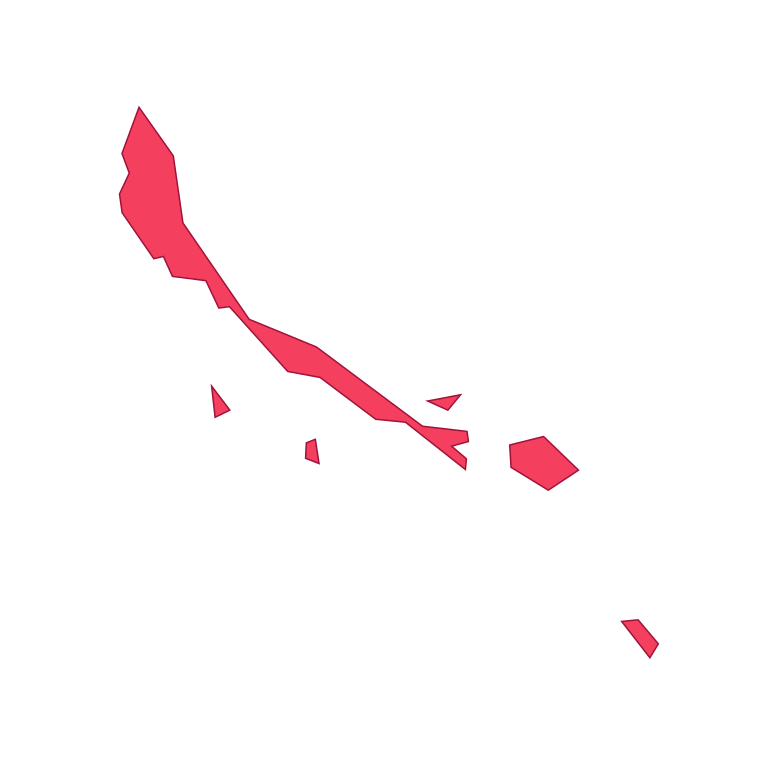 an SVG outline of New Ireland, rotated 172°
{"feature_id": "PNG-1255", "entity_name": "New Ireland", "entity_type": "Province", "adm_level": 1, "iso_a3": "PNG", "parent_name": "Papua New Guinea", "parent_adm1": "", "projection": "equal_earth", "projection_center": [151.706, -3.097], "detail": "coarse", "context": "isolated", "style": "filled", "palette": "rose", "viewbox_px": 768, "rotation_deg": 172, "n_neighbors": 0, "source": "natural_earth", "source_scale": "10m", "svg_char_len": 773}
<svg xmlns="http://www.w3.org/2000/svg" viewBox="0 0 768 768"><g transform="rotate(172 384 384)"><path d="M619.5,590.1L619.5,608.9L606.9,628.3L611.4,648.7L588.1,692.1L560.9,639.2L560.7,571.5L508.5,466.8L445.7,430.0L351.7,336.8L308.4,325.5L308.4,315.3L325.7,313.0L312.8,298.4L315.3,288.0L368.1,343.2L397.1,350.2L446.4,399.4L477.6,409.8L526.3,482.1L537.0,482.2L546.0,511.1L578.5,520.0L584.7,541.0L594.5,540.1L619.5,590.1ZM269.8,283.8L268.0,306.1L233.3,309.8L203.4,271.6L236.1,256.0L269.8,283.8ZM158.8,75.9L181.7,115.8L165.2,115.1L148.5,88.5L158.8,75.9ZM555.9,374.5L555.0,405.9L540.3,379.6L555.9,374.5ZM472.0,321.3L469.1,336.5L459.7,338.8L459.4,314.3L472.0,321.3ZM324.4,349.2L343.2,361.1L309.7,362.7L324.4,349.2Z" fill="#f43f5e" stroke="#9f1239" stroke-width="1.5"/></g></svg>